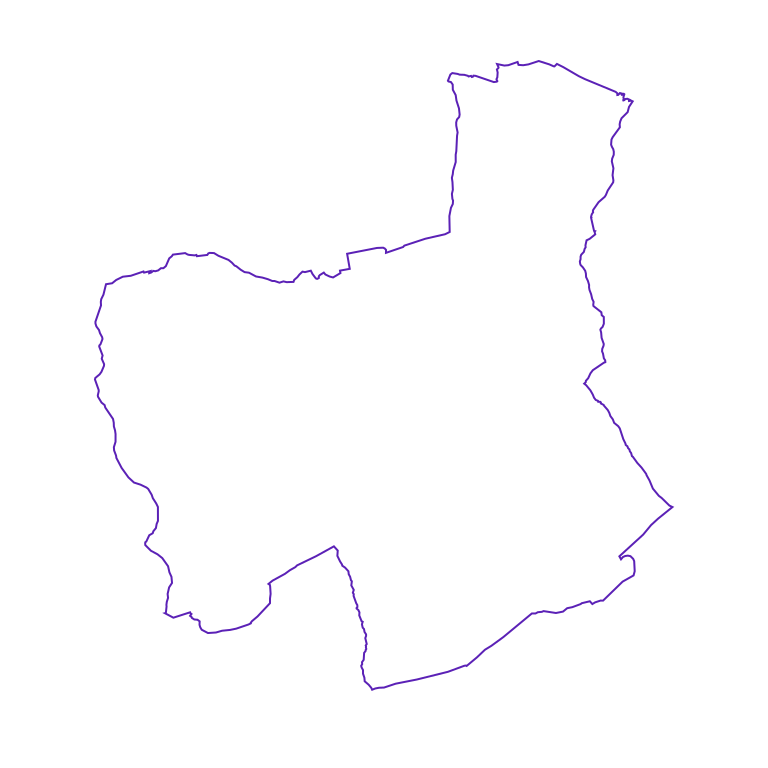 Zatreni, Vâlcea, Romania (Mercator projection), rotated 352°
{"feature_id": "2599482B72418277367964", "entity_name": "Zatreni", "entity_type": "district", "adm_level": 2, "iso_a3": "ROU", "parent_name": "Romania", "parent_adm1": "Vâlcea", "projection": "mercator", "projection_center": [23.843, 44.774], "detail": "fine", "context": "isolated", "style": "outline", "palette": "violet", "viewbox_px": 768, "rotation_deg": 352, "n_neighbors": 0, "source": "geoboundaries", "source_scale": "gbopen_adm2", "svg_char_len": 6126}
<svg xmlns="http://www.w3.org/2000/svg" viewBox="0 0 768 768"><g transform="rotate(352 384 384)"><path d="M652.5,546.0L649.7,544.1L643.0,535.4L640.6,533.0L635.7,525.0L633.5,516.5L631.3,510.8L631.1,509.5L627.4,502.6L623.9,497.5L620.3,490.7L619.5,489.9L619.1,486.7L618.1,484.9L617.9,483.0L616.7,481.3L616.4,479.6L614.9,478.0L614.8,476.5L613.3,471.9L611.3,460.8L610.1,458.4L606.5,454.5L605.7,450.9L603.7,447.2L603.1,444.0L602.0,441.0L598.9,436.2L598.6,435.3L596.0,433.4L596.2,432.5L595.8,431.8L593.6,431.4L593.5,430.4L591.5,429.3L590.1,426.8L589.3,423.6L587.5,419.0L584.0,413.3L582.3,411.5L584.0,410.3L584.4,408.9L587.0,406.7L589.9,402.2L592.7,399.4L604.7,393.5L606.2,393.2L606.3,392.3L606.3,391.2L605.3,389.2L605.1,384.4L604.5,382.0L605.0,379.6L606.7,376.7L607.2,375.0L605.9,368.6L606.2,363.1L605.8,360.4L606.5,359.3L608.4,357.9L610.1,354.9L611.0,348.2L609.2,346.2L609.2,343.2L602.3,336.0L602.2,334.8L603.0,331.8L602.0,328.7L601.6,323.9L600.6,319.5L600.5,316.8L600.9,314.5L600.3,310.4L599.0,306.2L599.3,302.7L599.0,299.9L597.2,296.2L595.3,293.6L595.0,292.4L595.0,289.9L596.0,287.8L596.4,285.2L597.3,283.4L600.3,281.0L601.5,278.1L602.7,276.7L602.8,274.7L604.6,269.9L607.8,268.9L614.0,265.2L613.7,262.5L614.3,262.0L613.3,261.5L612.2,248.2L612.6,248.0L612.4,247.0L613.4,244.8L615.0,243.0L614.9,241.8L615.4,240.7L621.8,233.8L628.7,229.3L630.1,227.6L632.5,223.5L639.0,216.2L639.5,214.2L639.4,209.0L641.2,202.3L640.6,195.2L641.3,192.6L643.4,189.0L643.9,186.0L643.7,183.4L642.7,180.8L642.2,178.6L643.3,173.6L644.8,171.4L653.3,162.6L653.5,159.6L654.4,157.0L656.2,153.9L663.1,148.7L665.2,143.7L669.6,138.7L668.2,137.8L666.0,137.9L666.0,137.4L666.8,136.7L664.7,135.4L662.5,135.4L661.6,136.3L660.5,136.5L660.4,136.1L661.0,135.4L661.0,133.3L662.3,130.5L662.0,130.1L661.1,129.8L660.7,129.9L660.5,130.8L659.8,130.8L659.4,130.1L659.5,129.3L658.1,128.7L656.2,130.3L655.3,130.3L655.5,128.6L654.0,126.9L625.5,110.1L619.8,106.3L605.7,95.2L599.8,91.1L597.0,93.2L596.2,93.0L592.2,90.5L582.2,85.7L571.5,87.6L566.2,87.7L561.6,86.7L561.1,83.7L551.5,85.6L547.5,85.4L540.5,82.9L541.5,86.4L541.2,87.1L539.6,88.2L539.9,91.3L538.9,96.1L537.8,97.8L538.4,99.8L537.8,100.3L534.8,100.3L517.6,91.6L515.5,91.1L514.7,92.1L513.7,92.2L513.1,91.0L510.5,91.2L510.0,90.5L506.5,89.0L502.0,88.2L500.1,87.2L494.9,85.6L492.8,86.8L489.5,92.6L490.0,93.4L492.3,94.3L493.7,97.0L493.1,102.2L495.2,107.9L495.2,113.4L496.6,121.5L496.4,127.7L495.6,130.1L493.1,132.2L491.9,135.0L491.5,138.3L491.9,145.2L490.9,148.3L488.0,163.5L486.9,166.9L485.9,174.2L482.2,182.3L481.3,185.8L479.9,189.3L479.9,193.6L479.2,201.3L477.7,205.2L477.5,210.2L477.9,212.0L477.2,215.3L474.8,218.9L472.1,226.8L470.2,242.6L465.3,244.2L445.2,245.9L423.4,249.8L422.0,251.0L404.2,254.4L404.7,251.5L403.6,249.9L402.1,248.9L396.0,248.3L365.6,249.9L366.1,265.2L356.2,265.6L356.3,268.1L348.4,271.4L345.1,270.0L341.2,267.4L339.9,265.3L335.6,267.2L334.5,268.2L334.2,270.0L332.6,270.6L331.6,270.3L330.8,269.3L328.5,265.1L327.3,261.6L321.3,262.2L318.9,261.4L315.5,263.8L313.1,266.1L309.6,268.4L308.6,270.3L301.8,269.6L298.7,268.4L294.6,269.1L290.0,266.8L287.6,266.4L283.7,264.1L278.4,261.7L272.2,259.7L265.8,255.0L261.5,253.8L258.0,250.9L254.2,246.9L252.5,245.9L250.3,242.7L247.3,239.5L237.9,234.0L233.9,230.7L229.6,229.9L228.2,230.2L227.0,231.6L216.5,231.4L216.2,230.1L214.5,230.3L208.9,229.0L207.5,228.4L205.3,226.7L193.0,226.5L191.6,228.0L188.8,229.7L184.4,236.9L181.7,238.6L179.2,238.3L176.2,240.1L173.2,240.5L171.3,239.9L169.0,241.2L166.9,241.6L167.0,240.7L168.0,239.7L161.9,240.3L161.5,239.1L148.3,241.6L140.3,241.4L133.3,243.7L128.8,246.4L122.6,246.5L118.6,256.5L115.8,260.6L115.0,263.3L114.7,266.8L106.9,282.2L106.7,284.0L107.2,287.0L109.3,290.9L109.8,294.1L111.4,298.4L111.5,300.2L110.9,301.4L108.7,305.3L107.5,306.2L107.2,307.3L109.3,316.6L108.0,319.7L109.6,325.4L109.2,327.1L105.9,332.6L103.7,334.9L99.0,337.8L98.4,339.3L100.6,350.1L100.5,351.5L99.0,355.4L99.0,356.8L101.7,363.1L104.4,366.0L104.7,368.5L110.8,380.9L111.0,384.7L110.6,388.4L111.2,392.5L111.2,396.2L110.1,403.9L107.7,409.0L107.5,412.3L108.7,417.6L108.7,420.0L112.5,430.6L117.9,440.9L122.7,446.8L128.9,449.8L134.4,453.5L135.9,455.1L138.5,461.3L139.2,464.9L141.8,470.6L143.0,474.3L141.1,488.1L139.4,490.9L138.1,494.9L135.1,497.7L134.2,499.6L130.5,501.1L126.7,506.9L125.6,507.5L125.3,508.6L125.2,510.3L130.0,516.7L136.0,521.1L140.2,525.5L144.8,534.4L145.3,540.6L146.7,545.4L146.4,551.5L142.9,555.5L141.8,558.4L140.5,561.8L140.4,565.7L138.6,569.5L137.8,572.4L137.7,574.1L136.1,580.4L135.2,580.5L142.9,586.1L160.2,583.1L160.6,584.4L161.3,585.0L159.7,586.6L161.1,588.1L161.2,588.9L163.4,590.8L166.5,591.5L168.4,593.4L167.8,596.8L168.2,599.4L169.3,602.0L175.0,606.1L183.0,606.7L189.3,605.8L197.4,606.1L203.6,605.7L216.3,603.3L218.8,602.5L218.8,601.9L220.2,600.5L226.4,596.6L240.6,585.2L241.3,580.4L242.5,576.1L243.1,568.4L243.0,567.0L241.8,565.9L246.3,563.2L259.5,558.2L264.9,555.3L270.7,553.0L272.7,551.5L292.7,545.1L311.8,537.8L315.0,542.5L313.9,547.7L315.8,553.6L317.3,556.9L317.4,558.1L319.9,560.4L322.7,564.5L322.6,567.5L323.6,570.1L324.0,573.7L324.7,574.9L323.6,578.9L325.4,583.7L324.1,586.4L324.8,587.9L324.4,589.6L326.0,597.3L326.8,599.2L326.6,601.2L325.7,601.9L325.6,602.5L327.1,604.2L327.9,606.7L327.3,609.7L328.8,615.8L329.8,616.5L328.7,618.9L329.0,622.3L330.1,623.9L330.2,626.8L331.4,629.4L331.2,631.0L330.1,633.0L330.7,639.1L329.5,640.4L329.7,641.4L329.4,642.4L329.6,643.9L328.8,644.8L328.7,645.7L326.9,647.5L325.5,654.3L323.5,656.4L323.4,658.4L322.2,659.9L322.4,661.6L323.4,664.4L322.9,668.0L323.7,672.1L323.5,675.7L327.0,679.7L329.1,683.1L329.7,685.1L333.0,684.3L336.8,684.1L341.8,684.6L353.8,682.4L375.5,681.2L407.3,677.9L424.3,674.2L426.0,674.2L426.6,674.7L437.9,667.7L447.0,661.2L453.9,658.2L467.0,651.2L498.5,631.8L502.2,632.3L504.6,631.4L508.6,631.6L510.4,631.1L522.4,634.7L529.6,634.3L534.2,631.5L539.4,631.2L548.1,629.3L549.3,628.6L557.6,627.8L559.7,630.9L562.7,629.6L568.4,628.6L570.8,629.0L592.8,612.9L604.5,608.3L606.2,604.3L607.1,594.2L606.4,591.8L604.1,588.8L601.6,587.9L598.9,587.9L596.5,588.6L594.3,590.6L593.1,587.4L619.7,569.2L628.8,560.9L636.8,555.4L652.5,546.0Z" fill="none" stroke="#5b21b6" stroke-width="2"/></g></svg>